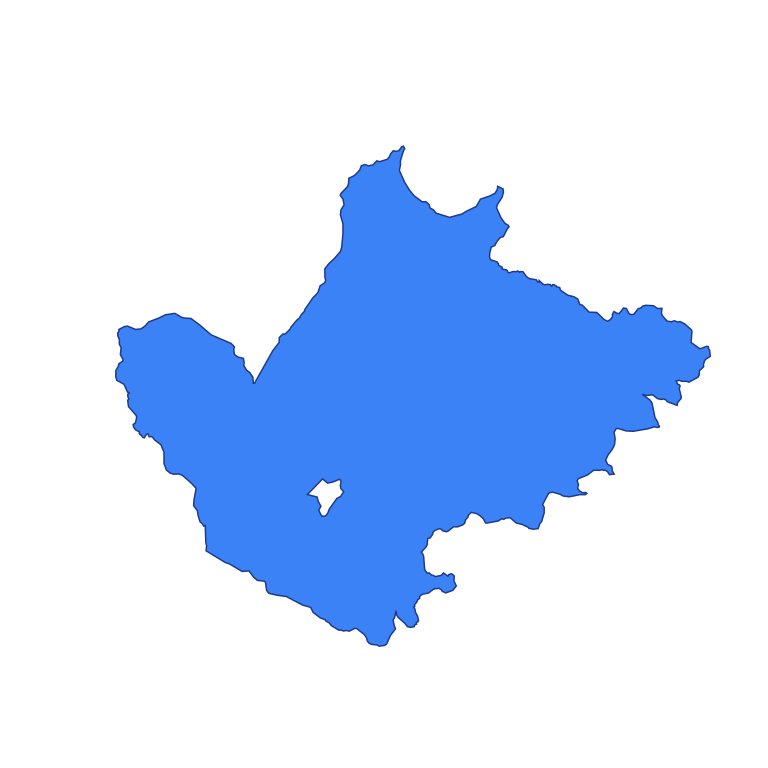 Mutshatsha, Katanga, Democratic Republic of the Congo, rotated 131°
{"feature_id": "63176286B57018267641486", "entity_name": "Mutshatsha", "entity_type": "district", "adm_level": 2, "iso_a3": "COD", "parent_name": "Democratic Republic of the Congo", "parent_adm1": "Katanga", "projection": "albers", "projection_center": [25.024, -10.86], "detail": "fine", "context": "isolated", "style": "filled", "palette": "blue", "viewbox_px": 768, "rotation_deg": 131, "n_neighbors": 0, "source": "geoboundaries", "source_scale": "gbopen_adm2", "svg_char_len": 6172}
<svg xmlns="http://www.w3.org/2000/svg" viewBox="0 0 768 768"><g transform="rotate(131 384 384)"><path d="M160.2,427.9L163.1,426.0L167.3,425.4L173.0,427.7L181.2,432.5L189.5,430.8L199.9,435.3L204.4,436.6L215.2,443.8L220.9,456.8L220.1,461.0L221.0,464.6L219.0,467.6L218.9,471.9L221.5,474.8L222.2,485.0L220.9,492.2L218.2,500.7L212.7,512.6L207.5,515.5L205.0,517.9L195.5,522.2L192.8,522.8L191.8,525.4L193.4,526.3L197.5,525.9L199.7,526.6L201.9,530.0L205.6,530.0L209.6,528.9L212.4,529.0L219.1,533.2L220.3,535.8L225.9,536.1L229.3,538.6L231.2,542.7L234.2,544.3L238.4,542.7L242.8,542.8L246.3,543.2L251.8,545.5L255.8,542.4L258.8,541.0L268.5,541.5L270.4,540.7L271.4,536.3L274.9,531.7L280.8,530.7L284.9,527.9L290.1,520.0L297.6,513.5L308.5,505.7L312.5,503.8L322.2,503.8L329.5,504.6L335.9,504.2L342.1,498.7L344.0,496.0L346.5,495.2L351.8,496.6L358.6,493.8L365.9,494.2L379.7,492.6L381.3,491.8L386.1,491.9L389.7,491.1L393.0,491.7L402.0,491.5L404.0,490.9L411.4,491.4L412.4,493.1L417.7,493.5L421.3,490.4L431.7,489.8L468.5,482.2L469.2,483.1L464.9,487.4L463.5,492.7L463.7,496.8L462.0,502.0L459.4,503.8L456.9,506.9L459.4,511.8L459.9,516.1L456.7,519.9L454.1,521.3L453.7,526.1L460.3,546.6L460.4,562.4L461.2,572.7L465.3,578.1L466.5,580.8L467.9,588.2L475.2,594.4L481.7,597.1L491.5,602.3L497.2,602.4L501.9,603.6L505.8,607.3L508.5,615.3L510.6,617.4L516.8,619.9L518.2,618.6L520.3,618.4L522.1,616.7L524.2,612.7L527.5,610.0L529.0,606.3L534.8,602.2L536.8,596.8L537.9,596.1L542.8,597.4L545.0,596.1L549.7,595.2L554.4,591.3L556.5,588.1L554.8,580.0L558.4,572.3L557.7,571.0L558.0,570.2L559.8,570.7L561.7,568.9L562.6,566.7L564.4,566.8L568.7,562.0L570.4,550.0L571.9,548.5L575.4,546.6L577.1,546.2L579.1,546.8L580.9,544.6L581.6,541.3L580.6,537.2L581.5,536.7L582.3,534.8L581.8,534.4L582.5,530.8L581.7,529.5L579.9,530.1L577.1,529.9L576.5,529.1L577.9,526.7L576.2,524.9L576.0,523.9L576.7,520.2L576.2,512.5L579.9,505.2L588.4,497.8L591.7,491.7L591.5,486.7L590.1,483.6L586.6,479.9L585.2,476.4L585.2,464.8L586.0,457.3L595.6,451.7L600.8,447.8L602.0,441.8L605.3,437.9L608.7,432.4L608.6,429.8L609.5,426.8L608.1,426.1L620.7,414.3L622.5,411.7L626.6,408.9L622.9,386.9L621.1,382.4L618.6,368.2L613.7,363.3L615.3,355.4L615.3,350.8L611.3,344.9L611.4,343.4L616.8,337.2L617.5,333.6L613.7,326.4L608.5,318.4L604.2,300.2L601.0,293.6L600.9,292.2L602.9,287.6L602.3,278.5L600.5,273.8L601.0,272.0L600.2,268.7L600.9,265.2L599.4,256.6L597.7,254.6L597.0,252.5L594.6,250.6L593.4,248.1L587.5,245.7L586.5,244.0L586.0,234.3L587.1,230.6L588.9,227.9L589.4,225.5L588.9,222.9L585.4,217.8L585.0,215.6L580.6,211.8L578.1,211.5L569.4,214.2L561.2,214.7L559.8,217.5L556.2,222.3L553.3,222.8L548.0,225.6L548.5,224.4L549.7,223.8L550.9,219.7L550.9,211.5L551.7,207.0L550.0,204.0L547.3,202.0L546.0,202.8L543.9,201.9L542.9,203.2L541.1,202.4L540.1,202.6L537.2,206.3L535.7,210.3L533.6,213.0L532.7,215.3L531.7,214.9L530.3,216.2L526.9,216.2L524.7,217.1L522.4,216.4L521.3,217.6L519.9,217.7L517.0,216.8L512.6,213.3L507.1,212.2L505.0,211.1L502.1,208.4L501.7,205.7L502.3,204.2L501.1,200.3L494.6,196.7L489.0,196.9L486.8,201.9L482.8,205.0L482.7,207.6L483.1,208.8L485.5,210.1L487.1,209.6L487.6,215.2L490.8,215.2L495.7,218.9L496.2,221.5L497.0,222.6L496.9,225.8L498.4,227.6L497.4,231.5L488.0,241.1L486.8,243.3L486.4,245.5L479.4,245.4L477.1,245.9L471.9,249.7L469.9,248.2L465.3,248.7L464.0,249.7L461.2,249.6L457.0,247.4L456.0,245.7L456.3,243.4L454.6,240.1L453.0,239.1L446.1,237.8L443.6,234.8L438.3,232.0L436.1,231.8L433.0,233.4L429.6,233.3L427.7,234.3L423.6,233.9L420.9,228.8L420.4,224.9L420.6,220.3L422.2,216.4L421.8,215.4L412.4,207.9L408.8,206.9L407.4,204.8L405.2,204.0L402.2,201.0L402.1,192.8L399.4,187.8L397.5,181.1L397.9,179.9L395.5,175.9L392.0,172.8L387.3,174.7L384.1,174.9L376.1,178.6L372.0,182.2L371.0,185.2L358.7,188.0L357.1,187.5L355.0,185.7L351.7,178.8L351.0,175.3L347.5,170.1L338.9,163.5L335.6,159.6L333.5,159.1L333.6,160.7L335.8,162.8L336.4,166.5L335.8,169.4L332.2,171.4L330.3,174.8L328.1,175.3L319.1,170.7L311.5,169.2L307.7,164.6L305.8,163.5L305.2,161.8L303.8,160.2L303.5,157.9L304.5,154.4L301.0,151.2L299.8,154.6L297.1,157.6L296.9,158.9L298.0,162.4L296.0,166.8L290.3,168.4L283.1,168.9L278.0,170.5L273.5,173.8L269.5,178.7L265.1,179.5L263.8,177.8L260.6,170.6L256.2,164.9L244.6,155.4L239.1,152.0L237.1,148.7L236.0,148.1L235.2,148.3L234.7,150.5L233.2,152.4L231.6,157.4L222.4,169.4L221.6,173.0L222.4,182.4L220.2,178.1L215.9,174.2L215.6,168.1L214.0,164.9L211.8,163.1L211.1,160.8L211.5,158.6L207.8,148.8L205.6,150.2L200.1,150.3L198.7,151.2L193.9,158.0L191.1,159.4L190.8,160.3L191.5,162.4L190.0,165.5L187.4,163.5L186.6,161.1L183.3,157.1L182.6,155.1L172.8,151.5L170.5,152.0L167.2,154.7L161.4,154.1L159.3,155.9L156.2,157.3L154.0,157.4L149.1,155.9L145.1,160.2L144.4,162.1L143.0,163.8L143.9,165.2L149.7,168.3L150.3,169.6L151.1,178.9L150.8,179.8L142.7,185.8L141.6,187.0L141.4,188.3L141.4,196.8L142.7,201.6L144.4,202.8L145.8,206.4L148.5,207.9L150.8,211.6L149.9,218.4L148.7,221.0L144.6,223.8L147.6,227.2L148.1,232.0L152.9,238.1L155.6,240.0L157.4,239.8L160.6,241.6L167.5,241.2L169.0,242.5L170.0,244.0L169.9,245.9L168.0,250.6L169.5,253.1L176.6,252.7L177.9,254.8L178.4,258.0L181.6,257.3L183.6,255.5L187.0,255.5L190.0,256.4L190.9,260.2L190.4,270.4L195.2,276.3L194.4,285.9L195.5,288.6L192.8,293.3L193.5,297.9L196.4,303.5L197.4,312.5L195.9,314.7L197.4,317.4L197.0,318.6L197.7,321.2L198.5,322.0L200.2,321.5L200.5,322.3L199.9,323.7L201.2,325.7L203.7,327.8L204.3,329.2L204.1,334.8L205.5,333.8L206.2,335.3L205.4,337.3L209.3,343.9L209.4,347.6L208.1,352.7L209.8,355.0L210.7,355.0L211.0,357.3L212.3,357.7L214.8,360.7L217.7,362.2L218.5,363.8L217.5,365.4L217.6,366.5L219.6,370.2L218.3,371.6L219.3,375.3L218.1,376.6L217.7,378.8L220.4,385.4L218.7,387.9L215.8,390.1L210.3,392.9L206.7,391.2L202.9,392.2L198.2,392.4L196.4,392.0L194.5,390.6L185.8,392.8L183.3,392.8L182.7,394.6L183.4,398.0L182.0,404.2L177.3,414.6L174.2,416.1L165.5,417.4L161.0,419.6L158.7,422.0L160.2,427.9ZM524.5,344.3L522.4,349.8L521.3,350.7L517.6,351.4L516.0,356.0L513.2,360.4L517.7,369.3L495.9,368.1L495.8,361.5L491.0,358.0L485.4,355.3L485.1,353.4L486.4,351.9L489.1,350.5L491.2,347.9L491.8,343.7L497.4,343.0L501.3,344.5L514.3,343.2L518.4,341.7L522.1,341.5L524.5,344.3Z" fill="#3b82f6" stroke="#1e3a8a" stroke-width="1.5"/></g></svg>